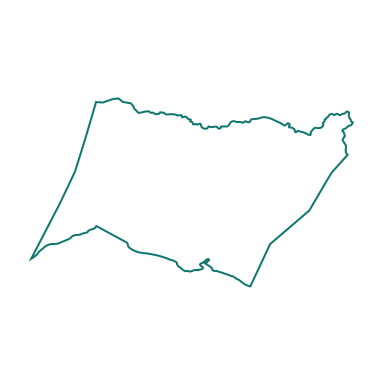 the district of Guarizama, Olancho, Honduras, rotated 267°
{"feature_id": "27666195B32639013731604", "entity_name": "Guarizama", "entity_type": "district", "adm_level": 2, "iso_a3": "HND", "parent_name": "Honduras", "parent_adm1": "Olancho", "projection": "equal_earth", "projection_center": [-86.275, 14.906], "detail": "fine", "context": "isolated", "style": "outline", "palette": "teal", "viewbox_px": 384, "rotation_deg": 267, "n_neighbors": 0, "source": "geoboundaries", "source_scale": "gbopen_adm2", "svg_char_len": 6072}
<svg xmlns="http://www.w3.org/2000/svg" viewBox="0 0 384 384"><g transform="rotate(267 192 192)"><path d="M133.7,27.9L135.2,30.5L137.2,33.3L138.2,34.4L139.6,35.4L140.7,36.5L144.6,41.7L145.7,43.3L146.2,44.1L147.0,46.6L147.4,48.7L147.4,49.4L147.2,50.9L147.3,52.6L147.4,54.4L147.6,56.0L148.1,57.3L148.9,59.3L149.6,61.4L150.7,64.3L151.2,65.9L151.6,66.8L152.5,68.4L153.5,69.3L153.9,70.0L154.4,70.8L154.7,71.4L155.0,72.6L155.1,73.9L155.2,75.2L155.2,77.0L155.3,78.0L155.7,79.2L156.2,80.3L157.1,84.9L157.5,85.7L158.1,85.9L158.4,86.1L159.0,87.1L159.6,88.3L159.7,88.7L160.4,91.8L160.7,92.7L161.4,93.5L161.9,93.9L162.6,94.2L163.0,94.7L145.1,124.0L144.5,124.6L144.0,124.9L141.7,125.3L140.8,125.6L140.4,125.8L139.8,126.3L139.0,127.3L138.1,128.5L137.6,129.2L136.3,131.6L134.8,134.6L133.5,140.2L133.2,142.6L132.8,145.0L131.4,150.6L130.3,154.7L129.5,157.1L128.6,159.5L127.8,161.7L126.6,164.4L125.9,165.6L125.0,168.3L124.5,169.9L123.8,170.8L122.9,172.5L122.5,172.9L121.8,173.2L120.7,173.3L120.2,173.5L119.3,173.9L118.7,174.2L117.3,176.2L116.0,177.4L114.5,179.2L113.8,180.2L113.3,181.0L113.3,183.5L112.8,185.2L112.7,185.9L112.7,186.3L112.9,187.3L113.9,190.3L113.9,191.6L113.9,192.7L113.8,193.0L113.6,193.4L113.5,193.8L113.6,194.1L114.0,195.0L114.3,197.1L114.7,198.1L114.9,198.6L115.2,198.9L115.6,199.0L116.0,198.9L116.8,198.4L117.9,197.0L118.6,196.4L119.1,196.2L119.5,196.4L119.8,196.6L120.1,197.0L120.4,198.2L121.7,200.6L122.8,201.7L123.8,203.2L124.2,204.2L124.2,204.5L124.1,204.9L123.8,205.3L123.4,205.5L122.4,204.7L121.4,203.6L121.0,202.5L120.6,201.7L120.3,201.3L120.1,201.2L119.1,203.0L118.4,203.5L116.9,205.8L116.2,206.7L115.2,207.5L114.4,208.1L113.9,208.3L113.5,208.2L113.1,208.3L112.9,208.4L112.7,208.6L112.3,209.3L112.0,210.4L111.8,212.3L111.6,213.3L111.1,214.2L110.2,216.9L109.3,219.0L107.2,224.4L106.2,226.3L106.0,227.0L105.9,227.8L105.8,228.2L105.3,228.9L102.9,232.0L101.6,234.5L99.1,237.3L96.9,240.1L96.5,240.8L95.7,242.5L95.4,243.2L95.0,244.5L94.7,245.3L135.9,267.3L167.4,308.2L195.5,326.7L204.2,332.6L220.9,349.3L221.7,348.9L222.7,348.0L223.6,347.7L226.4,347.7L229.0,348.2L229.6,348.2L230.2,348.1L231.0,347.8L232.3,347.1L235.6,345.3L235.9,345.2L236.5,345.2L237.2,345.6L237.7,345.9L239.7,347.5L240.0,347.6L240.8,347.4L242.1,347.0L243.1,346.8L243.5,346.7L244.0,346.4L245.2,345.3L245.8,345.5L246.3,345.9L246.8,347.0L247.3,348.4L247.5,348.9L248.5,350.2L249.7,351.6L250.0,352.6L250.3,353.9L250.5,354.5L251.7,355.6L252.6,356.0L253.0,356.1L253.4,355.9L253.6,355.6L253.8,355.0L254.1,354.7L254.5,354.5L255.7,354.3L257.4,353.3L258.7,352.7L259.8,352.6L261.1,352.7L262.5,353.0L263.0,352.9L263.4,352.7L263.8,352.3L264.0,351.9L264.2,351.3L264.1,350.9L263.9,350.3L263.7,350.1L263.2,349.7L262.7,349.0L262.4,348.1L262.2,346.9L261.9,345.8L261.7,345.4L261.3,344.6L261.1,343.9L261.2,343.4L261.3,342.8L261.7,342.2L262.3,341.4L262.5,340.8L262.5,340.4L262.3,339.9L262.0,339.4L261.6,338.7L261.4,338.1L261.5,337.7L261.9,337.1L262.4,336.5L262.6,336.1L262.7,335.5L262.6,335.0L262.3,333.9L261.7,333.1L259.7,331.5L259.5,331.3L259.3,330.5L258.9,329.9L258.3,329.7L257.7,329.3L257.3,328.2L257.2,328.1L256.1,328.1L255.2,327.7L254.3,327.0L254.1,326.4L253.9,326.2L253.4,326.2L252.3,326.6L251.8,326.6L251.2,326.2L250.4,325.6L249.9,325.0L249.6,324.4L249.4,323.7L249.3,322.7L249.1,320.7L249.6,319.3L249.7,318.9L249.6,318.1L249.2,317.2L248.4,316.4L247.0,315.0L245.5,313.8L242.9,313.4L242.8,313.0L242.8,312.4L243.5,310.4L244.7,308.5L245.8,306.4L246.6,303.6L247.5,301.3L247.5,300.8L247.5,300.6L246.3,299.3L246.3,298.8L246.4,298.4L246.7,298.1L247.0,297.9L247.6,297.8L248.3,297.9L248.9,297.7L249.3,297.5L250.5,295.9L251.2,294.7L251.4,292.8L251.4,292.5L251.5,292.4L252.0,292.2L252.3,292.4L252.9,292.3L253.1,292.4L253.9,293.1L254.4,293.2L254.6,293.1L254.9,292.8L255.6,291.7L255.7,291.3L255.6,291.0L254.4,289.8L254.0,289.2L253.7,288.4L253.6,287.7L256.4,283.7L260.2,276.5L260.8,275.5L262.0,272.5L262.7,269.9L262.9,268.0L263.0,266.8L262.9,266.1L262.1,263.1L261.7,260.9L261.6,256.4L261.5,255.6L261.3,255.0L261.0,254.6L258.8,253.3L258.7,253.1L258.7,252.2L258.9,251.2L259.2,250.3L259.7,249.5L259.8,249.0L259.6,248.4L258.6,246.8L258.5,246.5L258.5,246.1L258.7,245.5L259.1,245.2L259.2,244.8L259.5,242.5L259.5,241.1L259.6,240.2L259.8,239.6L260.5,237.9L260.6,237.3L260.6,236.9L260.2,235.5L259.7,234.3L257.1,232.5L256.3,231.7L255.8,231.0L255.6,230.4L255.6,229.7L255.9,225.8L255.8,224.8L255.7,224.4L254.9,224.2L254.4,223.9L254.1,223.4L253.9,222.7L253.9,222.2L254.0,221.9L254.5,221.3L255.6,220.3L255.8,219.9L256.0,219.5L256.1,219.1L256.1,218.4L255.8,216.1L255.8,214.6L256.0,213.6L256.2,213.1L256.5,212.6L256.6,212.3L256.5,212.0L256.4,211.7L255.5,211.3L254.7,210.3L254.5,209.8L254.5,209.4L254.5,208.3L254.6,207.7L255.0,206.8L255.6,205.8L256.0,205.2L256.6,204.9L259.3,204.2L259.6,203.9L259.8,203.5L259.7,202.7L259.5,201.7L259.1,201.0L259.1,200.6L259.2,199.9L259.6,199.4L259.7,199.0L259.7,198.5L259.4,197.6L259.4,197.2L259.5,196.9L259.7,196.7L260.0,196.5L261.7,196.1L262.6,193.9L262.9,193.9L263.3,194.1L264.0,194.6L264.4,194.5L264.5,194.1L265.0,192.1L266.8,190.7L267.2,190.1L267.6,189.5L267.6,189.2L267.2,186.8L267.2,186.0L267.4,186.0L268.7,185.8L269.0,185.6L269.2,185.2L269.3,184.5L269.2,182.8L269.2,181.6L269.4,181.1L270.2,179.7L270.3,178.9L270.4,177.6L270.5,177.2L270.8,176.6L270.8,176.2L270.8,174.1L270.7,171.4L270.8,170.5L271.1,169.8L271.4,169.2L271.7,168.8L272.4,168.3L272.8,167.7L272.9,167.2L272.7,166.6L272.7,166.3L273.1,165.4L273.3,164.6L273.2,164.3L272.2,163.6L271.9,162.9L271.8,162.3L271.6,161.2L271.6,159.6L273.3,157.3L273.4,156.9L273.1,156.1L273.2,155.5L273.6,154.7L274.5,153.4L274.8,152.9L274.9,152.7L274.7,148.8L274.0,145.4L273.9,144.7L273.9,143.4L274.0,142.5L274.2,142.3L274.4,142.0L275.5,141.3L278.0,138.8L279.1,138.4L280.0,138.3L282.3,136.6L283.1,136.2L283.4,136.0L283.8,135.1L284.3,133.2L285.0,130.1L285.4,128.5L285.7,127.5L286.3,126.7L288.3,124.7L288.9,123.9L289.2,123.2L289.3,122.6L289.2,121.1L289.0,118.7L288.9,117.9L288.4,115.8L287.6,113.4L287.3,111.5L286.5,109.6L286.1,108.2L286.1,107.5L286.2,106.4L286.8,100.9L252.4,88.8L218.4,76.2L187.2,59.3L133.7,27.9Z" fill="none" stroke="#0f766e" stroke-width="2"/></g></svg>